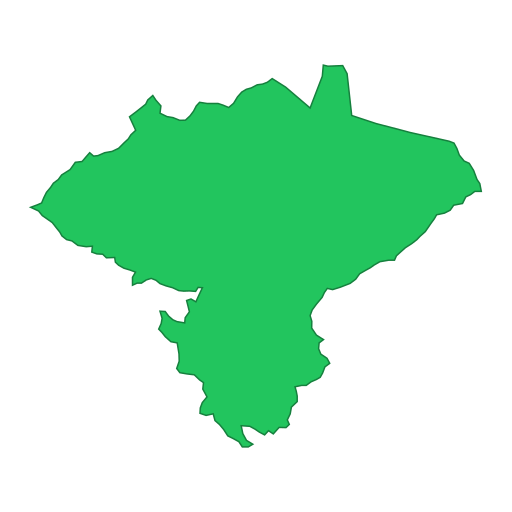 Pouso Redondo, Santa Catarina, Brazil (Mercator projection)
{"feature_id": "56859067B55889942630825", "entity_name": "Pouso Redondo", "entity_type": "district", "adm_level": 2, "iso_a3": "BRA", "parent_name": "Brazil", "parent_adm1": "Santa Catarina", "projection": "mercator", "projection_center": [-49.991, -27.303], "detail": "fine", "context": "isolated", "style": "filled", "palette": "green", "viewbox_px": 512, "rotation_deg": 0, "n_neighbors": 0, "source": "geoboundaries", "source_scale": "gbopen_adm2", "svg_char_len": 2798}
<svg xmlns="http://www.w3.org/2000/svg" viewBox="0 0 512 512"><path d="M394.5,260.2L396.4,255.8L399.8,252.7L405.4,247.7L411.6,243.7L416.8,239.7L419.9,236.4L425.3,231.6L430.8,223.6L434.3,218.8L436.6,214.8L444.5,213.1L450.2,210.2L453.7,205.2L462.5,203.5L465.8,196.9L470.6,194.6L474.8,191.4L481.3,191.4L479.8,183.6L477.0,179.5L473.6,170.4L469.2,163.3L464.1,161.0L459.3,155.1L456.9,148.5L454.0,143.1L449.1,141.2L409.7,132.4L404.2,130.9L376.2,123.6L351.7,115.5L347.1,73.7L342.7,65.6L327.9,66.2L323.3,65.1L322.3,76.3L310.1,108.0L285.6,87.1L272.2,78.6L267.3,82.3L262.5,84.1L257.2,84.8L251.3,87.9L246.3,89.3L241.7,92.1L237.5,96.9L233.6,103.3L228.7,107.5L223.2,105.2L218.1,103.5L207.2,103.5L199.6,102.3L196.3,105.9L193.6,111.1L190.1,115.8L185.4,120.2L179.7,120.3L173.0,117.6L167.0,116.6L160.0,113.2L160.9,105.9L155.9,100.2L152.8,95.5L147.8,99.9L145.7,104.2L141.7,107.4L136.0,111.9L129.5,116.8L135.7,130.3L130.9,134.8L128.3,138.9L124.0,142.9L118.6,148.3L112.1,151.4L104.7,152.7L98.0,155.6L93.6,156.1L89.7,152.7L86.0,156.9L82.1,161.5L75.3,162.3L70.1,169.6L61.7,174.9L58.2,179.6L53.4,183.2L50.6,187.4L46.5,192.3L43.9,197.5L41.6,203.0L37.4,204.8L30.7,207.3L38.6,211.0L42.3,215.6L47.2,219.0L52.3,222.6L56.2,227.6L59.8,232.1L62.0,236.0L66.6,239.6L71.9,240.9L77.9,245.4L86.2,246.7L92.4,246.2L91.8,252.1L96.9,253.9L102.7,254.2L106.4,257.8L114.7,257.5L115.4,262.2L118.7,265.3L123.9,268.2L129.9,270.0L135.5,272.1L132.5,277.3L132.5,285.2L137.1,283.1L141.5,283.1L146.3,279.9L151.2,278.4L155.9,280.2L160.0,283.6L166.1,285.9L172.6,287.7L178.8,290.6L183.8,291.1L189.4,290.9L195.6,291.4L198.1,287.4L202.4,287.7L198.7,295.6L195.9,301.8L191.0,299.0L186.6,300.5L188.2,306.8L189.4,311.8L185.2,317.7L184.7,322.9L176.9,321.6L172.9,319.8L168.6,316.1L165.2,311.5L160.0,311.2L162.1,318.3L161.2,323.5L158.7,329.1L161.8,332.3L165.3,336.7L170.9,341.7L177.2,342.9L179.0,353.9L179.2,361.2L176.7,368.5L179.9,372.7L186.9,373.9L194.3,374.8L199.6,379.9L203.5,382.6L202.8,389.1L207.0,396.9L202.3,402.6L200.3,407.9L200.0,413.3L206.1,415.4L213.2,413.8L215.0,420.6L219.5,424.5L223.6,429.4L227.8,435.9L233.1,438.5L238.9,441.7L242.3,446.9L248.3,446.9L252.8,444.2L246.5,440.4L242.8,433.6L241.2,425.7L249.8,426.3L255.1,429.2L259.2,432.0L264.6,434.9L268.5,430.7L273.3,433.9L279.1,427.4L286.0,427.6L289.3,424.4L287.3,419.9L290.2,413.9L291.4,407.1L297.2,401.6L297.2,396.1L296.3,391.4L295.0,386.8L301.6,385.4L306.2,385.4L311.1,381.8L316.4,379.5L320.2,377.3L322.6,373.0L324.9,366.9L329.7,363.3L327.0,358.3L320.8,354.1L318.6,348.7L319.1,342.9L323.5,339.6L316.4,335.1L311.7,328.1L311.8,321.3L310.1,315.6L312.2,309.9L316.4,304.2L322.1,297.4L324.4,292.5L327.3,288.4L332.6,289.6L340.3,287.2L350.1,283.4L355.7,279.2L359.6,273.8L366.0,270.1L370.4,267.7L374.0,265.1L379.9,261.7L388.7,260.2L394.5,260.2Z" fill="#22c55e" stroke="#15803d" stroke-width="1.5"/></svg>